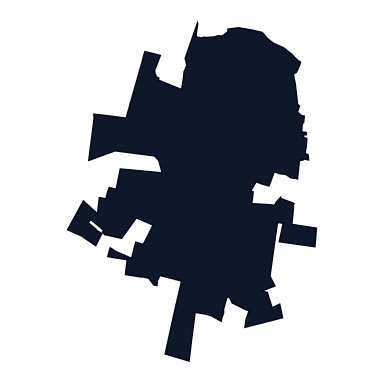 Cuzamá, Yucatán, Mexico (Robinson projection)
{"feature_id": "50627088B68514471367949", "entity_name": "Cuzamá", "entity_type": "district", "adm_level": 2, "iso_a3": "MEX", "parent_name": "Mexico", "parent_adm1": "Yucatán", "projection": "robinson", "projection_center": [-89.348, 20.713], "detail": "fine", "context": "isolated", "style": "filled", "palette": "ink", "viewbox_px": 384, "rotation_deg": 0, "n_neighbors": 0, "source": "geoboundaries", "source_scale": "gbopen_adm2", "svg_char_len": 3148}
<svg xmlns="http://www.w3.org/2000/svg" viewBox="0 0 384 384"><path d="M144.9,51.6L143.0,58.5L142.7,59.6L142.6,60.4L141.7,63.6L141.2,65.1L140.3,68.1L140.1,68.9L140.0,69.1L139.9,69.4L139.5,70.9L138.5,74.7L137.8,77.2L136.7,80.7L136.5,81.6L136.2,82.8L135.3,86.1L134.5,88.7L131.7,98.6L131.1,100.8L130.2,103.3L129.6,106.1L128.8,109.0L128.3,110.6L127.2,114.5L126.6,116.7L126.4,117.2L126.3,118.1L126.2,118.2L112.0,116.3L96.7,114.5L95.4,114.4L93.9,114.2L94.1,119.0L88.8,160.4L110.3,152.5L115.0,150.8L154.6,155.9L157.4,159.0L158.9,160.9L162.2,172.9L153.6,172.1L120.3,169.0L116.2,189.3L109.3,187.6L107.6,192.2L106.0,198.8L99.4,197.7L97.5,213.8L83.4,201.0L76.6,213.4L67.6,229.7L81.6,235.9L95.7,245.6L100.1,236.9L101.7,233.7L99.0,231.8L98.3,231.4L97.1,230.8L95.8,229.2L89.9,224.2L88.0,223.3L90.5,219.3L100.5,227.6L103.6,230.2L102.5,232.1L104.8,234.7L107.1,235.0L112.1,236.2L121.6,238.3L136.3,217.8L153.2,225.1L143.3,244.5L135.7,242.2L131.7,258.4L115.9,251.6L110.3,247.9L109.6,249.7L109.6,249.8L107.8,256.5L114.4,257.7L127.2,259.6L125.5,274.5L141.3,277.0L141.8,276.7L148.8,278.2L153.9,285.0L156.9,285.5L157.4,280.9L159.7,275.4L181.6,281.0L175.0,309.4L170.2,331.2L170.2,331.3L165.2,353.9L189.0,361.0L191.8,337.7L195.1,312.3L205.8,314.1L211.9,316.0L221.2,321.2L221.8,317.8L223.6,313.1L223.5,309.2L226.5,298.6L226.6,298.2L227.3,296.8L229.5,297.5L232.3,303.0L234.1,303.8L246.2,309.9L249.3,310.4L246.3,318.7L245.0,327.3L282.5,317.7L279.7,304.2L272.1,307.8L268.8,297.4L267.4,292.6L264.2,291.6L262.0,291.1L261.9,290.8L274.9,285.9L269.9,276.3L275.4,236.8L277.3,223.5L276.4,223.3L276.6,221.6L277.5,221.6L277.6,222.5L283.2,223.2L279.3,241.7L314.9,246.7L316.4,228.2L291.8,224.4L293.5,207.5L293.2,205.7L294.0,203.5L280.7,198.5L280.6,197.4L276.1,202.5L275.0,205.2L267.1,204.6L251.7,203.7L252.0,200.6L252.2,200.2L253.1,191.9L252.0,191.6L250.9,191.4L250.6,191.2L251.2,190.2L256.1,181.8L256.3,181.8L262.3,184.1L269.0,185.9L274.3,171.6L278.7,173.4L279.5,173.7L285.4,174.2L287.0,175.2L291.1,177.8L295.9,178.4L296.9,178.6L297.5,178.9L298.0,172.9L298.5,169.6L298.8,166.3L299.1,162.5L299.8,160.4L303.0,160.0L303.7,158.9L308.6,159.9L308.0,154.6L305.0,153.7L306.2,146.5L306.8,138.5L303.3,137.4L304.0,134.5L306.1,134.8L306.4,132.7L304.3,132.1L301.8,132.3L301.5,132.3L301.9,128.1L301.9,127.9L302.1,125.5L302.6,122.6L303.5,122.7L304.1,117.9L304.2,116.1L301.6,115.6L297.4,112.2L299.4,105.9L297.5,104.3L295.2,83.7L293.4,74.6L294.2,73.2L295.5,72.9L296.6,71.8L297.7,69.3L298.8,67.0L299.8,64.5L300.6,62.1L297.9,60.6L294.3,57.1L292.0,54.3L291.4,54.0L283.6,47.8L273.5,43.4L267.3,38.5L262.3,32.5L252.0,30.1L239.7,28.0L237.8,27.9L229.3,29.0L228.0,29.2L228.1,31.6L223.2,35.4L221.1,36.1L218.8,35.8L216.6,36.1L215.0,36.9L212.5,37.1L206.9,37.5L203.7,37.3L202.2,38.0L199.4,37.7L196.1,36.9L196.3,32.9L197.7,23.9L197.5,23.0L185.2,58.3L186.9,65.4L184.2,71.6L183.3,79.6L181.6,89.6L158.2,80.1L158.5,79.4L158.7,78.9L158.8,78.5L158.9,78.1L157.2,77.4L156.2,76.9L155.7,76.7L155.5,76.4L155.8,75.4L155.6,75.3L155.3,75.2L155.6,74.3L154.6,74.0L154.3,73.9L154.5,73.4L154.7,72.8L155.0,72.1L154.0,71.7L155.0,69.3L160.3,55.5L156.2,54.4L150.0,52.9L144.9,51.6Z" fill="#0f172a" stroke="#020617" stroke-width="1.5"/></svg>